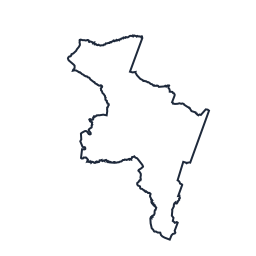 Kahemba, Bandundu, Democratic Republic of the Congo, rotated 290°
{"feature_id": "63176286B37251946319002", "entity_name": "Kahemba", "entity_type": "district", "adm_level": 2, "iso_a3": "COD", "parent_name": "Democratic Republic of the Congo", "parent_adm1": "Bandundu", "projection": "albers", "projection_center": [18.943, -7.197], "detail": "fine", "context": "isolated", "style": "outline", "palette": "slate", "viewbox_px": 256, "rotation_deg": 290, "n_neighbors": 0, "source": "geoboundaries", "source_scale": "gbopen_adm2", "svg_char_len": 5765}
<svg xmlns="http://www.w3.org/2000/svg" viewBox="0 0 256 256"><g transform="rotate(290 128 128)"><path d="M82.7,101.1L82.9,101.3L82.6,101.8L83.1,102.2L82.8,102.7L83.1,103.0L83.0,103.3L83.5,103.6L83.1,103.9L83.5,104.4L83.0,104.9L83.8,105.0L83.8,105.3L83.4,105.6L84.0,105.9L84.1,106.8L83.7,108.3L84.0,109.1L84.2,109.3L84.4,108.9L85.2,109.3L85.5,110.1L85.9,110.2L85.9,110.4L85.3,110.5L85.2,110.7L86.2,112.4L87.8,112.4L87.8,112.9L88.7,113.8L88.9,114.1L88.4,114.2L88.2,115.4L89.2,116.4L89.0,117.1L89.4,116.9L90.5,118.3L90.1,119.4L89.5,119.7L89.8,120.1L89.2,120.3L89.0,120.8L89.1,121.2L89.9,121.6L89.4,122.6L89.6,123.3L90.1,123.0L90.2,123.3L89.9,124.4L90.6,126.9L91.2,126.5L91.5,127.1L91.3,128.1L91.4,128.8L92.5,130.5L92.6,131.1L93.5,131.8L94.4,133.3L96.1,134.1L96.6,135.3L97.3,135.8L97.5,137.6L98.1,138.0L98.2,138.7L99.3,139.5L99.6,140.3L99.0,140.6L99.4,141.0L99.4,141.8L100.0,141.5L100.8,141.9L102.1,141.8L102.8,143.1L103.5,143.6L102.7,145.1L102.7,146.8L102.3,147.6L98.3,154.0L97.0,155.3L96.6,155.3L94.6,154.2L92.4,152.5L91.6,152.3L91.3,152.5L90.7,153.9L89.4,155.6L88.1,156.2L85.8,156.6L84.2,157.6L83.1,157.6L83.0,156.9L82.7,156.7L81.0,156.4L79.5,155.5L78.4,155.8L77.4,156.8L77.2,159.3L75.7,160.0L75.3,160.6L75.6,162.1L75.2,163.0L74.9,164.9L74.4,165.1L74.3,165.8L74.6,166.4L74.1,166.6L74.4,167.3L74.1,168.8L73.8,169.1L74.4,170.5L73.8,171.4L73.7,171.8L71.7,171.9L71.0,172.3L69.4,174.0L68.8,174.1L68.7,174.4L68.9,174.6L68.3,175.6L67.6,175.1L67.2,175.5L67.0,175.2L66.7,175.2L66.5,175.7L66.1,175.7L65.9,176.4L65.5,176.4L65.5,176.9L65.0,177.1L64.8,177.6L65.4,177.9L64.9,178.2L64.8,178.7L64.2,178.5L63.8,179.4L64.1,179.8L63.6,180.0L63.6,180.7L63.1,181.1L62.8,181.8L60.5,181.9L60.0,181.4L58.8,181.5L56.8,182.2L55.7,182.2L55.3,182.2L53.3,180.6L52.7,180.7L52.6,181.2L52.0,180.6L51.5,180.8L51.7,180.0L50.5,180.0L46.1,181.9L41.9,184.6L41.0,186.5L39.8,187.8L39.7,188.3L40.3,189.7L39.9,191.5L40.7,194.1L38.8,195.5L37.9,197.3L37.5,199.8L37.4,205.4L42.1,205.6L43.8,206.4L44.9,208.0L45.8,208.3L47.4,207.0L56.0,207.1L56.3,206.0L54.9,204.4L55.6,203.2L55.9,201.9L59.1,201.5L60.6,199.2L65.5,197.9L66.2,197.4L70.0,197.9L71.2,197.4L72.9,197.3L74.1,197.9L73.4,198.4L73.7,199.6L75.0,200.0L75.7,199.5L76.0,199.6L76.1,200.0L78.1,200.7L79.0,200.2L80.0,200.7L80.9,199.9L81.9,199.5L81.3,198.4L93.1,198.4L93.5,197.8L93.6,195.9L94.7,195.1L95.6,193.8L95.8,192.5L115.1,191.5L115.3,194.7L115.0,194.8L114.9,195.2L115.6,195.6L116.8,197.7L116.8,198.3L172.0,198.2L172.5,196.6L172.1,194.7L165.2,192.0L165.2,190.7L164.9,190.3L164.0,189.8L164.4,188.2L165.1,187.7L165.0,186.7L165.8,186.2L165.6,181.9L167.2,179.8L167.8,179.3L167.7,178.5L168.2,178.1L168.1,177.1L169.1,172.8L169.7,172.1L169.6,170.5L169.0,169.9L168.9,169.1L168.8,167.8L167.8,166.5L166.7,164.0L166.3,161.8L167.2,161.3L167.3,160.6L174.4,160.7L175.4,160.4L176.3,159.4L176.2,158.5L177.1,157.4L176.4,154.8L177.3,154.5L178.7,153.6L179.6,152.2L180.9,151.8L181.9,152.2L182.0,152.1L181.6,150.8L180.9,150.1L179.9,149.7L180.0,148.9L180.5,148.8L180.5,148.6L179.5,147.9L177.2,142.9L177.9,141.8L177.8,140.7L177.5,140.6L176.6,138.1L177.0,137.7L176.6,137.2L177.3,135.8L177.2,134.0L177.8,132.8L178.0,131.2L177.7,130.8L178.1,129.0L177.8,128.2L178.0,127.6L177.4,126.3L178.0,125.6L178.4,122.7L180.6,118.4L182.8,115.8L183.2,115.8L181.8,113.3L181.6,110.6L217.4,110.7L218.5,110.0L218.0,109.5L218.6,109.2L218.3,108.8L218.0,108.0L218.1,107.6L217.7,106.9L217.7,105.4L217.1,105.2L216.8,104.9L217.2,104.1L217.0,103.0L217.1,102.5L216.4,101.9L216.6,101.3L215.8,101.4L215.7,99.6L215.2,98.3L213.2,96.9L212.7,95.8L212.8,95.0L212.6,94.7L211.8,94.6L211.5,92.9L210.6,92.9L210.5,92.1L209.6,91.0L208.9,90.9L208.5,90.0L207.6,89.7L207.9,89.3L206.9,88.1L206.9,87.3L206.2,87.4L206.0,86.4L205.2,85.9L205.4,85.0L204.9,85.0L204.9,84.3L204.3,84.1L203.5,83.2L202.7,82.8L202.8,82.1L201.9,81.3L201.5,81.4L201.2,80.5L200.1,79.0L199.9,78.2L198.7,78.0L198.2,76.9L197.4,76.7L196.4,74.3L196.0,73.9L196.0,72.2L196.2,71.9L195.4,71.0L195.4,70.2L195.8,69.6L195.3,68.4L195.9,68.3L196.1,67.9L195.6,66.6L196.6,66.7L195.9,65.7L196.5,64.8L196.4,62.9L195.6,62.2L195.7,61.7L196.8,61.2L197.0,60.3L196.8,59.8L195.8,58.5L195.6,56.9L195.0,55.3L194.9,53.4L194.3,53.1L194.2,52.5L193.8,52.5L193.2,52.9L191.8,53.2L190.6,54.0L189.5,54.4L187.4,54.1L184.3,53.0L182.9,52.9L179.3,51.1L178.1,49.7L177.8,49.6L177.0,49.9L175.7,49.5L175.2,48.4L174.0,47.8L173.0,47.7L171.7,48.6L171.1,49.6L168.9,55.5L168.3,56.5L166.1,57.3L164.9,57.1L164.1,56.6L163.0,56.6L163.9,58.0L164.3,59.5L164.0,61.7L163.6,62.5L164.0,63.6L163.5,64.2L163.6,64.8L162.9,66.3L162.8,68.1L162.2,69.2L162.3,69.9L162.1,70.7L162.4,71.3L162.4,72.2L161.9,72.7L162.0,74.5L160.8,76.0L159.4,80.4L159.6,80.8L158.7,81.9L158.5,84.2L158.1,84.6L158.2,85.1L157.9,86.2L158.3,87.3L158.9,87.9L158.7,88.9L158.3,89.4L157.5,89.1L157.2,89.5L155.9,88.9L155.1,89.5L154.2,89.8L153.7,90.9L152.2,92.0L151.3,94.1L150.6,94.7L150.3,95.4L149.2,95.9L148.9,96.6L147.7,96.7L146.8,97.2L146.2,98.9L145.6,98.9L145.2,99.4L144.8,99.5L144.5,100.3L143.9,100.5L143.8,101.7L143.0,102.1L141.7,101.8L140.8,101.9L140.2,101.4L139.6,101.5L138.9,102.0L138.2,102.0L136.9,102.7L132.6,103.6L132.1,100.2L130.0,96.5L129.8,95.5L129.4,95.1L129.1,94.2L128.0,93.7L127.1,92.9L127.5,92.4L127.4,92.0L125.6,91.7L124.8,92.3L123.7,92.0L123.2,90.3L123.5,89.9L123.3,89.1L123.0,88.9L122.7,89.4L122.5,89.0L121.4,90.0L121.2,90.5L121.4,91.1L121.1,91.4L121.2,92.2L121.0,92.5L119.7,92.6L118.9,92.9L118.8,93.3L117.6,93.0L116.6,93.6L115.9,93.5L114.0,92.0L112.8,91.7L112.1,92.3L110.6,94.6L109.6,95.0L108.9,94.4L108.9,93.2L110.6,90.8L110.8,89.5L110.2,88.4L108.5,86.9L107.2,85.9L106.6,85.7L101.3,88.0L99.2,87.7L94.8,91.7L94.7,92.6L95.2,93.9L94.7,94.6L94.1,94.9L93.6,95.0L93.1,94.6L92.3,92.1L83.8,94.1L83.5,94.8L83.9,96.0L85.2,96.6L85.5,98.0L85.9,98.4L85.8,98.9L84.6,101.1L82.7,101.1Z" fill="none" stroke="#1e293b" stroke-width="2"/></g></svg>